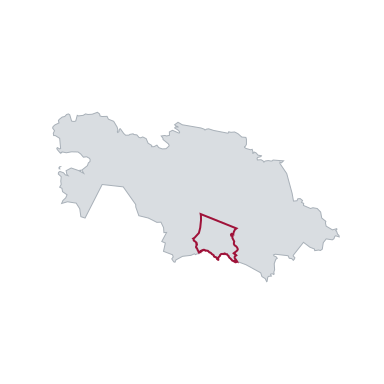 location of Zhambyl within Kazakhstan, rotated 22°
{"feature_id": "KAZ-3252", "entity_name": "Zhambyl", "entity_type": "Region", "adm_level": 1, "iso_a3": "KAZ", "parent_name": "Kazakhstan", "parent_adm1": "", "projection": "equal_earth", "projection_center": [72.801, 44.147], "detail": "fine", "context": "in_parent", "style": "outline", "palette": "rose", "viewbox_px": 384, "rotation_deg": 22, "n_neighbors": 0, "source": "natural_earth", "source_scale": "10m", "svg_char_len": 6387}
<svg xmlns="http://www.w3.org/2000/svg" viewBox="0 0 384 384"><g transform="rotate(22 192 192)"><path d="M221.6,246.6L219.8,247.5L218.7,248.8L217.4,248.4L214.8,251.1L207.3,255.2L202.6,260.9L202.5,263.5L201.2,263.6L198.3,261.6L198.9,259.3L197.5,257.5L187.8,257.7L186.4,249.3L182.5,249.2L183.6,239.0L181.2,240.2L179.0,235.7L174.5,231.6L170.8,233.3L161.2,232.5L151.6,233.9L145.5,227.0L144.5,224.7L126.3,213.0L105.9,218.7L102.6,256.2L98.2,256.5L94.2,249.6L88.8,245.7L80.2,247.7L75.4,251.5L75.5,248.2L77.1,244.8L77.2,241.4L71.9,240.2L70.0,237.3L67.5,237.1L67.9,234.0L66.3,231.2L65.0,226.8L61.3,225.4L60.9,224.0L61.4,222.8L62.3,222.4L65.8,222.3L68.1,223.6L71.0,223.3L69.3,222.4L67.3,219.4L71.0,215.0L78.8,214.6L84.7,215.3L81.7,212.9L85.2,206.7L85.0,203.9L86.0,202.0L85.4,200.1L84.4,199.2L81.1,198.8L78.3,200.4L74.5,198.4L71.3,197.6L65.2,199.9L60.8,202.7L56.5,203.5L56.5,204.5L56.0,204.3L55.3,204.8L55.4,205.3L51.0,203.0L50.3,202.2L50.5,201.3L53.2,201.6L53.9,200.9L49.2,191.8L44.1,190.9L42.6,191.5L41.4,189.5L41.6,186.7L38.8,184.9L38.7,183.4L39.8,181.1L42.8,177.8L41.4,175.8L41.7,174.5L43.6,171.1L45.7,169.7L46.7,167.1L48.2,165.9L49.7,166.2L53.6,171.1L54.3,171.4L56.9,170.4L57.6,169.6L56.9,163.9L58.2,164.0L62.4,161.7L64.0,159.5L66.5,159.1L70.3,157.3L74.5,153.5L77.1,154.3L78.2,155.9L80.1,155.8L84.9,153.7L87.2,155.8L92.9,155.8L98.3,159.9L100.1,162.4L100.2,164.2L100.8,164.7L101.6,163.5L101.2,160.8L101.9,160.2L106.9,163.4L109.2,164.2L112.1,163.0L112.9,161.8L115.6,160.1L116.5,160.5L119.5,159.7L122.5,161.3L124.1,161.0L125.7,159.4L129.5,159.7L133.0,163.2L137.2,163.9L137.6,165.1L139.8,164.2L141.9,161.7L144.5,163.3L148.3,163.2L151.7,161.6L153.4,158.2L153.3,157.3L152.0,156.2L145.5,154.2L145.0,153.1L142.5,151.6L145.6,149.8L147.4,149.6L149.9,147.9L148.5,144.8L150.8,142.1L157.5,142.3L158.3,141.8L157.9,140.8L155.4,139.7L152.1,139.2L151.9,138.8L152.4,137.8L154.7,137.1L154.3,136.6L152.6,136.8L150.7,136.2L152.9,132.6L157.8,133.3L176.3,129.3L179.7,129.2L180.8,129.7L182.0,128.2L183.7,127.2L189.1,126.8L203.0,124.1L203.7,123.4L203.5,122.4L205.7,122.1L209.0,120.4L212.7,120.7L217.6,122.4L221.5,121.2L222.7,122.7L224.6,127.4L224.4,129.5L223.7,130.4L223.9,130.9L225.7,131.4L230.5,130.9L231.8,129.9L233.3,131.7L233.7,133.3L234.7,132.8L234.5,132.0L234.9,131.6L237.0,131.8L239.3,133.1L242.8,132.4L242.6,133.4L239.9,135.4L239.7,136.4L240.6,137.8L243.9,136.2L246.4,136.6L247.5,137.4L248.2,135.9L250.9,134.3L253.7,133.7L254.8,133.0L255.2,132.0L265.2,128.8L264.0,131.5L262.3,131.4L262.8,132.6L272.9,139.4L285.3,155.7L289.5,162.4L292.6,160.8L292.7,158.6L294.8,157.6L297.7,158.5L297.4,160.6L299.8,160.7L300.4,162.7L308.1,162.9L310.0,161.3L314.3,160.4L318.8,162.4L322.0,167.5L327.1,169.1L327.3,170.7L329.2,173.4L336.4,174.5L339.9,171.8L340.4,172.6L339.7,173.9L341.1,174.6L342.7,176.5L344.5,177.2L345.3,178.5L341.5,178.8L341.0,179.9L341.1,182.2L340.0,183.8L334.0,185.2L332.7,189.8L334.2,196.2L333.0,198.1L331.1,198.4L327.8,200.4L326.8,199.0L321.9,199.0L314.2,196.9L309.6,212.7L309.8,213.4L312.0,214.4L312.1,215.7L311.5,217.4L309.4,216.4L307.0,217.0L304.9,215.1L292.5,218.5L291.1,219.8L292.1,220.6L294.1,220.5L295.9,221.5L294.9,223.1L295.1,227.7L297.7,233.1L297.9,235.7L298.9,237.3L298.6,237.9L297.6,237.6L295.8,238.5L295.8,239.2L297.1,240.2L294.5,241.6L294.2,242.8L295.1,246.8L294.8,247.2L292.4,244.9L288.5,244.2L286.0,241.2L269.1,239.2L260.1,239.5L258.5,240.8L256.4,240.6L252.1,239.1L247.3,236.4L245.2,236.9L242.2,238.9L241.1,243.1L241.7,245.0L232.1,241.4L228.0,240.7L224.1,241.6L221.2,245.7L221.6,246.6ZM60.8,220.1L60.1,220.3L59.5,219.2L59.8,218.2L60.5,217.8L59.8,219.1L60.8,220.1ZM80.8,214.5L80.2,214.3L79.9,213.9L80.8,213.4L80.8,214.5Z" fill="#d9dde1" stroke="#a8b0b8" stroke-width="1"/><path d="M255.1,240.5L254.9,240.5L254.4,240.2L254.0,239.9L253.6,239.8L253.3,239.7L253.1,239.5L252.4,239.2L251.5,239.0L251.3,238.9L250.4,238.3L250.3,238.2L250.1,237.9L250.0,237.7L249.9,237.6L249.6,237.6L249.3,237.4L248.9,237.4L248.4,237.0L248.1,236.8L247.9,236.8L247.7,236.7L247.3,236.4L247.0,236.2L247.3,236.5L247.3,236.8L247.2,236.9L246.0,237.0L245.8,237.0L245.5,236.7L245.4,236.7L245.1,236.9L244.9,237.6L244.6,237.7L244.3,237.7L244.1,237.7L242.8,238.3L242.4,238.5L242.2,238.7L241.9,239.6L241.7,239.8L241.7,240.0L241.7,240.3L241.8,240.7L241.8,240.9L241.8,241.0L241.5,241.5L241.1,242.4L241.0,242.7L241.0,243.1L241.1,243.5L241.2,243.8L241.8,244.9L241.8,245.0L241.6,245.1L241.1,244.9L240.4,244.8L240.3,244.6L240.3,244.4L240.3,244.1L240.2,244.0L240.0,243.9L239.4,243.9L239.2,243.8L239.0,243.6L238.7,243.5L238.4,243.5L237.3,243.7L237.1,243.7L236.8,243.6L236.5,243.5L236.3,243.3L236.1,242.8L235.9,242.6L235.6,242.5L234.5,242.2L234.0,242.2L233.7,242.2L232.7,241.6L232.2,241.4L231.2,241.3L230.9,241.5L230.5,241.4L229.6,240.9L229.1,240.8L229.0,240.7L228.9,240.7L228.7,240.6L228.3,240.7L227.8,240.8L227.5,240.8L226.6,241.4L226.4,241.4L226.1,241.1L225.9,241.1L225.4,241.0L225.2,241.0L225.0,241.3L224.9,241.4L224.8,241.5L224.6,241.6L224.3,241.5L224.1,241.4L224.0,241.5L223.8,241.8L223.7,241.9L223.6,242.0L223.3,242.1L223.2,242.2L223.2,242.4L223.2,242.8L223.2,243.0L222.4,243.2L222.1,243.4L222.1,243.8L222.5,244.1L222.5,244.3L222.5,244.5L222.4,244.5L222.2,244.5L221.8,244.3L221.7,244.4L221.6,244.5L221.5,244.9L221.5,245.1L221.5,245.3L221.2,245.6L220.7,245.3L220.7,245.2L220.4,244.8L219.9,244.5L219.1,243.7L218.7,243.5L218.5,243.2L218.1,242.7L217.6,242.3L217.3,242.1L216.7,242.0L216.3,241.4L216.2,240.5L216.3,239.7L216.1,239.4L216.2,239.1L215.8,238.8L216.0,238.4L215.8,238.2L215.5,238.2L215.2,238.0L215.1,237.3L214.4,237.1L213.9,236.8L213.5,236.7L212.9,236.6L212.0,236.4L211.7,236.2L211.3,235.5L211.3,235.1L211.0,234.8L210.6,234.7L210.8,234.4L211.5,233.5L213.5,228.1L213.7,227.7L213.7,227.0L213.0,222.0L210.9,214.7L209.2,210.7L208.3,209.2L246.9,209.1L245.9,210.8L245.7,213.2L245.9,214.9L246.0,215.4L246.2,215.9L244.3,216.0L244.1,216.9L244.7,217.8L245.5,217.8L246.2,218.0L246.4,218.9L246.7,219.5L249.7,222.1L249.9,223.5L250.3,224.5L251.5,225.5L253.2,225.8L254.5,226.5L255.3,227.2L255.9,227.9L255.9,229.0L255.5,230.0L253.6,233.2L254.2,233.4L254.9,233.6L255.2,233.5L255.4,233.8L256.1,233.8L256.8,234.1L256.3,234.9L255.8,235.9L255.9,236.3L256.0,236.7L256.1,236.9L256.4,237.3L257.0,237.8L258.0,238.2L258.6,238.7L258.1,239.1L259.6,239.3L259.9,239.6L259.7,239.6L259.3,240.3L259.2,240.5L258.8,240.8L258.6,240.9L258.4,240.9L257.9,240.7L257.7,240.7L257.4,240.7L255.7,240.5L255.1,240.5Z" fill="none" stroke="#9f1239" stroke-width="2"/></g></svg>